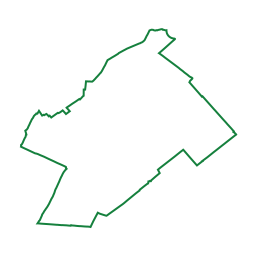 Cuza Voda, Constanta, Romania, rotated 177°
{"feature_id": "2599482B95027608371455", "entity_name": "Cuza Voda", "entity_type": "district", "adm_level": 2, "iso_a3": "ROU", "parent_name": "Romania", "parent_adm1": "Constanta", "projection": "equal_earth", "projection_center": [28.324, 44.307], "detail": "fine", "context": "isolated", "style": "outline", "palette": "green", "viewbox_px": 256, "rotation_deg": 177, "n_neighbors": 0, "source": "geoboundaries", "source_scale": "gbopen_adm2", "svg_char_len": 4551}
<svg xmlns="http://www.w3.org/2000/svg" viewBox="0 0 256 256"><g transform="rotate(177 128 128)"><path d="M223.3,37.5L223.1,37.5L219.6,37.0L212.1,36.1L208.2,35.6L204.4,35.1L203.0,35.0L202.7,34.9L200.4,34.6L199.8,34.5L198.1,34.4L196.4,34.2L195.4,34.1L194.4,34.0L193.2,33.8L191.7,33.6L190.3,33.4L189.9,33.9L189.5,33.7L186.6,33.3L184.2,32.9L182.1,32.6L180.9,32.5L179.2,32.3L177.0,32.0L174.3,31.7L172.0,31.5L170.6,31.1L167.5,36.8L162.6,45.0L161.4,44.3L161.1,44.1L159.6,43.5L156.7,42.4L154.2,41.5L153.7,41.7L152.6,42.4L151.7,43.0L151.1,43.4L147.0,46.0L138.9,51.2L138.4,51.5L137.3,52.2L136.3,52.9L136.0,53.1L132.6,55.7L127.3,59.6L123.5,62.4L121.5,63.8L119.7,65.0L119.6,65.6L119.5,65.8L119.1,66.0L116.2,68.1L114.5,69.3L112.9,70.4L111.7,71.2L111.2,71.5L110.8,71.6L110.5,73.0L110.4,73.6L109.7,73.6L108.2,73.7L108.3,74.0L108.2,74.0L103.2,77.9L98.8,81.2L98.7,81.3L100.2,84.6L100.3,84.8L99.1,85.7L99.0,85.8L96.9,87.3L93.3,89.8L85.4,95.3L83.1,96.9L80.6,98.7L77.0,101.3L74.5,103.0L74.0,103.4L73.8,103.2L67.5,95.1L61.1,87.0L55.8,90.7L55.4,90.9L55.6,91.1L50.2,94.7L43.4,99.6L40.1,101.9L35.3,105.3L33.0,106.9L26.5,111.5L21.5,115.0L20.8,115.5L20.4,115.7L20.3,115.8L20.4,116.0L22.0,117.8L22.4,118.2L22.8,118.3L23.0,118.4L23.0,118.6L22.8,118.9L22.5,119.2L23.2,120.0L24.3,121.4L25.0,122.3L26.0,123.5L26.5,124.1L26.7,124.4L26.9,124.6L27.1,124.8L27.3,125.1L27.5,125.4L28.0,125.9L29.7,128.1L30.1,128.6L32.8,131.9L35.3,135.0L38.2,138.6L39.3,140.0L40.5,141.5L40.8,141.8L51.8,155.6L52.0,155.8L52.5,155.4L53.2,156.3L60.1,165.1L64.3,170.4L63.5,171.9L62.3,172.9L61.3,173.8L61.1,174.3L61.3,174.5L61.6,174.9L62.5,175.4L63.4,175.9L64.1,176.4L65.9,178.1L68.9,180.6L69.4,181.1L70.1,181.8L73.1,184.3L74.1,185.3L77.1,187.8L81.3,191.3L87.2,196.2L89.5,198.2L92.0,200.2L92.8,200.9L93.1,201.1L92.3,201.7L89.5,203.9L86.6,206.2L79.9,211.6L76.8,214.0L76.5,214.3L76.5,214.6L76.8,214.8L77.3,214.9L78.0,215.0L78.6,215.2L79.2,215.4L79.8,215.6L80.7,216.1L81.7,216.8L82.6,217.7L83.2,218.5L83.7,219.4L84.1,220.3L84.3,221.0L84.4,221.8L84.5,223.0L84.5,223.6L85.2,223.5L87.3,224.2L87.9,224.2L88.1,224.6L88.4,224.8L89.0,224.9L89.7,224.9L91.6,224.5L92.9,224.3L93.6,224.0L94.6,224.2L95.2,223.9L96.7,224.1L97.8,224.7L98.3,224.8L99.5,224.9L101.4,224.3L103.5,220.5L103.8,220.0L104.4,219.2L105.5,217.2L106.7,215.1L107.0,214.7L108.2,213.7L108.9,213.2L109.6,212.8L110.8,212.4L111.5,212.0L112.1,211.9L117.4,210.0L124.6,207.4L125.5,207.0L126.3,206.6L128.7,205.5L131.8,204.0L133.3,203.3L133.9,202.7L134.0,202.6L134.4,202.4L137.5,200.7L141.0,198.9L141.8,198.4L143.6,197.5L143.7,197.4L144.2,197.2L144.9,196.8L145.0,196.7L145.1,196.4L145.2,196.2L145.7,195.4L145.9,195.1L146.0,194.8L146.1,194.6L146.7,193.6L146.8,193.4L147.3,192.4L147.9,191.4L148.1,191.1L148.6,190.4L149.2,189.4L151.2,186.1L151.9,185.2L152.1,184.8L152.5,184.5L153.1,184.0L153.3,183.8L153.7,183.3L154.8,182.2L156.1,180.9L157.2,179.9L158.0,179.0L159.2,177.9L160.0,177.1L160.5,176.8L160.7,176.6L161.1,176.3L161.3,176.2L162.5,176.3L164.1,176.5L165.6,176.6L167.5,176.8L168.1,172.7L168.8,168.6L170.2,168.7L170.6,162.5L171.3,162.1L173.3,160.1L174.5,159.0L175.1,159.5L178.8,157.2L182.3,155.2L185.0,153.5L188.2,151.6L188.3,151.5L187.6,150.7L185.3,147.8L189.2,145.2L190.6,147.0L192.1,148.8L192.3,149.0L193.6,148.1L194.9,147.3L195.6,146.9L196.8,146.5L197.1,146.7L197.3,146.8L197.5,146.7L200.8,144.6L204.1,142.5L205.6,144.4L206.5,143.8L207.8,145.4L208.8,146.3L211.0,145.2L211.5,145.6L213.1,144.9L216.0,149.8L217.7,147.1L218.5,147.3L218.8,147.3L219.4,146.4L219.9,146.2L220.3,145.9L221.4,144.8L222.3,143.2L223.6,141.6L224.5,139.9L225.6,138.0L226.1,136.9L227.4,134.6L228.2,132.9L229.3,131.6L230.3,131.0L230.7,130.7L229.8,126.7L230.3,126.5L230.4,126.0L230.5,125.5L230.7,124.8L230.8,124.5L231.1,124.0L231.7,123.2L233.0,120.7L233.8,119.0L234.7,117.5L235.4,116.8L235.7,116.6L235.7,115.4L235.4,115.0L235.6,114.8L235.1,114.5L232.7,113.2L230.4,112.0L222.0,107.5L221.5,107.4L221.0,107.3L219.4,106.7L217.1,105.5L213.5,103.8L209.1,101.4L203.4,98.4L200.7,96.9L196.7,94.9L194.4,93.7L192.2,92.5L192.0,92.3L191.9,92.0L192.1,91.3L192.0,90.9L191.5,90.4L192.9,89.2L194.6,87.2L195.6,85.6L196.1,84.7L196.6,83.7L197.3,82.6L198.6,80.1L199.5,78.1L200.0,77.2L201.7,73.9L202.9,71.6L203.5,70.7L204.1,69.4L204.8,67.4L205.6,65.7L205.9,65.2L206.3,64.2L206.8,63.3L207.3,62.5L208.1,61.4L208.3,61.0L208.4,60.7L208.5,60.6L209.0,59.7L210.5,57.0L210.6,56.7L211.4,55.5L212.1,54.4L213.0,53.1L214.3,51.5L215.1,50.4L215.6,49.8L216.0,49.3L216.5,48.5L217.0,47.7L218.1,46.3L218.3,46.0L218.5,45.3L218.5,45.2L220.9,40.5L221.7,39.8L222.5,38.6L223.3,37.5Z" fill="none" stroke="#15803d" stroke-width="2"/></g></svg>